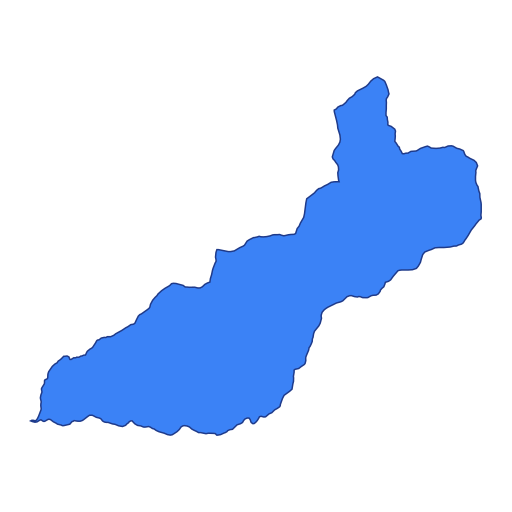 Nyisho, Wangdi Phodrang, Bhutan (Equal Earth projection)
{"feature_id": "84629894B40037951494601", "entity_name": "Nyisho", "entity_type": "district", "adm_level": 2, "iso_a3": "BTN", "parent_name": "Bhutan", "parent_adm1": "Wangdi Phodrang", "projection": "equal_earth", "projection_center": [90.07, 27.567], "detail": "fine", "context": "isolated", "style": "filled", "palette": "blue", "viewbox_px": 512, "rotation_deg": 0, "n_neighbors": 0, "source": "geoboundaries", "source_scale": "gbopen_adm2", "svg_char_len": 6015}
<svg xmlns="http://www.w3.org/2000/svg" viewBox="0 0 512 512"><path d="M293.6,377.9L293.4,376.5L294.1,372.2L294.1,370.1L295.1,369.3L298.7,368.5L300.9,366.8L304.4,364.4L305.1,363.4L305.8,360.6L305.7,358.6L305.8,357.1L306.6,355.0L308.6,350.2L309.1,347.6L310.0,346.5L311.3,343.8L312.2,341.5L312.4,338.8L313.0,337.4L313.6,333.7L314.5,331.2L318.8,325.9L320.2,323.2L321.5,318.2L321.2,316.7L321.2,315.2L322.1,312.3L324.2,309.8L326.0,308.4L327.9,307.2L334.6,303.9L336.4,303.0L340.8,301.8L342.8,300.8L347.0,296.7L349.6,295.7L351.4,295.6L354.5,296.6L357.5,297.0L358.8,296.5L360.4,296.7L362.5,297.6L366.2,297.7L367.8,297.6L371.0,295.8L372.8,295.3L376.1,295.1L378.3,293.9L380.1,291.4L380.5,290.0L382.1,288.2L383.8,286.8L384.8,284.3L385.4,282.3L388.5,281.3L390.6,279.9L393.2,276.3L398.0,270.7L399.8,270.2L401.7,270.0L408.0,270.0L412.5,269.7L416.4,268.4L418.3,266.1L420.4,262.4L421.2,259.4L422.7,254.6L424.8,252.0L428.9,250.3L431.4,249.5L435.0,247.8L439.0,247.5L444.1,247.5L450.2,247.0L453.9,246.1L456.5,246.0L458.4,245.0L461.3,244.2L462.8,243.3L463.8,242.0L464.9,240.1L466.0,238.7L468.1,235.5L471.2,230.1L474.8,225.6L475.9,224.0L479.1,220.1L481.0,218.9L481.3,217.9L480.9,215.2L481.2,211.9L481.2,204.4L481.0,202.5L479.9,197.4L479.8,193.6L478.9,191.1L478.2,187.9L478.0,186.6L476.9,185.0L475.8,182.3L475.5,180.2L475.5,176.5L475.9,172.4L475.7,170.8L476.3,169.0L477.6,165.9L476.3,162.5L474.0,160.3L469.8,158.3L467.8,157.0L466.2,156.3L464.8,154.4L463.7,151.3L463.2,150.6L459.7,149.0L456.8,148.3L453.1,146.2L451.5,145.8L448.1,146.0L444.7,147.5L442.9,147.3L439.9,148.1L436.1,148.4L431.3,148.1L428.9,146.7L427.4,146.1L425.3,146.7L420.5,148.4L417.2,150.5L416.1,151.0L410.9,151.4L408.0,153.1L405.7,153.2L403.8,153.8L402.3,153.6L401.1,151.2L399.7,149.1L399.3,147.2L398.1,146.2L396.2,143.1L394.8,141.4L395.1,138.8L395.3,136.0L395.1,134.0L395.5,131.1L395.1,130.1L394.8,129.2L391.2,126.4L388.7,125.5L387.8,124.8L387.9,122.2L387.4,119.8L387.2,117.1L386.0,115.6L386.0,112.5L386.3,108.9L386.3,105.1L386.4,102.4L386.2,100.4L386.4,98.7L387.7,96.8L389.0,93.9L388.6,92.6L388.0,89.7L386.3,84.9L384.8,81.4L383.5,80.2L377.5,76.9L373.6,78.7L370.8,81.1L368.3,84.3L366.2,86.3L362.9,88.2L357.4,90.9L355.4,92.7L354.7,94.3L352.1,96.7L349.4,98.2L347.2,100.6L346.0,102.3L344.3,103.8L342.3,105.4L341.0,105.5L339.5,106.2L337.7,107.2L336.4,108.9L334.2,110.1L334.3,111.7L336.6,120.6L337.5,124.9L337.8,128.1L339.9,135.0L340.4,139.2L339.9,142.1L338.4,145.1L335.6,148.5L334.2,150.5L332.3,156.9L333.1,159.0L334.6,160.5L335.7,162.2L337.7,164.8L338.4,166.8L338.6,169.9L337.8,172.7L338.0,175.8L338.6,180.3L339.1,181.7L334.1,181.8L331.1,182.3L327.7,184.4L324.5,185.9L321.4,187.8L320.3,188.3L318.8,188.6L317.0,190.0L315.4,191.7L314.7,192.7L306.7,198.8L305.9,202.9L304.5,213.8L303.7,217.4L300.4,223.1L299.1,226.2L297.2,228.5L295.6,233.5L294.2,234.3L290.6,234.5L288.3,234.8L285.4,235.5L283.8,235.8L281.4,235.2L279.6,234.5L277.3,234.7L274.4,234.7L272.7,234.9L270.1,235.9L266.7,236.6L263.6,236.9L261.0,236.8L259.1,236.3L257.5,236.9L254.3,237.6L253.5,237.6L249.3,239.7L247.1,241.1L245.9,243.0L244.5,245.2L243.2,246.1L239.7,247.7L234.3,250.9L230.6,251.6L228.3,251.6L218.3,249.6L216.9,249.6L216.0,252.4L215.5,257.1L216.0,259.5L216.1,261.3L215.1,263.1L213.1,268.3L212.5,270.3L211.6,274.7L210.4,278.6L209.9,282.1L207.4,283.0L204.8,284.4L204.0,285.2L202.3,286.8L200.2,287.9L197.9,288.0L194.7,287.2L189.2,287.3L187.5,287.1L185.2,287.0L183.1,285.4L176.0,283.5L173.4,283.3L171.5,283.7L170.0,285.3L168.7,286.2L165.0,288.3L161.6,290.7L158.0,294.0L157.0,295.6L155.1,297.4L152.7,300.2L150.5,304.3L149.9,307.0L149.1,308.3L147.3,309.7L141.4,313.9L139.8,314.6L138.3,316.1L136.5,319.7L134.9,323.2L133.5,324.2L130.9,324.6L127.7,326.8L125.9,327.7L121.7,330.5L115.8,333.7L113.8,335.3L110.7,336.7L107.3,336.7L105.9,337.5L104.2,337.4L101.2,338.1L99.1,339.8L97.4,340.1L96.6,340.9L95.5,343.0L92.6,347.4L91.6,348.2L89.8,349.2L89.0,349.9L87.5,351.1L86.8,352.1L85.5,355.0L83.6,355.2L81.9,356.0L80.8,356.1L79.2,357.1L77.9,357.3L76.9,357.1L75.8,357.7L74.9,357.9L73.9,357.7L71.0,359.5L69.9,359.4L68.9,356.9L67.1,356.0L64.7,356.3L63.7,356.3L61.4,358.7L59.6,360.2L58.3,361.0L57.0,362.9L55.3,363.8L54.6,364.3L52.3,366.4L48.7,371.7L48.1,373.4L47.9,374.4L47.7,378.0L46.8,379.1L45.1,379.7L44.5,380.7L44.5,382.8L44.3,383.9L42.1,387.4L41.5,388.6L41.5,389.5L41.9,391.5L41.9,392.3L40.9,395.0L40.4,397.7L40.5,398.8L41.1,401.2L41.2,402.1L40.9,403.8L40.8,405.6L41.2,408.9L40.9,410.2L38.6,416.2L37.4,418.7L36.3,420.2L35.5,420.7L34.8,420.7L33.3,420.3L31.8,420.3L30.7,420.9L32.5,421.6L34.9,422.2L37.0,421.9L39.4,420.4L40.8,419.8L41.5,420.1L42.7,421.0L43.7,421.4L44.7,421.3L48.2,419.3L49.5,419.3L50.5,419.6L53.4,421.8L56.3,423.3L57.4,424.1L61.4,425.1L62.0,425.5L62.8,425.7L63.8,425.6L69.8,424.2L72.0,421.6L73.1,421.3L74.1,420.6L77.1,421.1L78.7,421.2L80.2,421.2L82.1,420.6L83.3,419.9L87.7,416.5L89.4,415.3L91.7,415.2L92.7,415.4L96.3,417.3L99.2,418.0L100.6,418.6L101.4,419.4L102.5,420.9L103.6,421.6L104.7,422.1L106.6,422.4L108.1,422.4L112.4,423.9L115.0,424.3L118.6,425.8L122.5,426.5L125.6,425.3L127.1,423.7L128.6,422.7L129.0,421.9L130.7,420.9L132.0,420.8L134.7,423.7L137.5,425.4L140.8,425.9L142.9,426.8L144.0,427.1L145.8,427.0L148.5,426.5L150.3,427.1L152.4,428.5L154.2,429.0L156.1,430.4L158.9,431.7L164.2,433.2L167.5,434.6L170.3,435.1L172.1,434.8L174.4,433.4L177.1,431.6L179.3,429.5L181.1,426.9L182.8,425.9L184.3,425.6L187.1,426.0L189.5,427.0L191.7,429.0L194.1,430.3L196.5,431.4L198.6,432.6L200.7,432.6L206.0,433.7L208.4,433.2L213.8,433.4L215.3,433.6L216.7,435.1L217.7,435.1L220.6,434.6L224.1,433.0L225.3,432.6L227.0,431.6L227.6,430.7L229.8,429.7L232.5,429.3L237.1,424.8L240.5,423.7L242.5,422.5L243.7,420.4L245.1,418.9L246.8,418.2L247.7,418.0L249.1,418.1L250.3,419.8L250.6,421.0L251.2,422.5L252.9,423.7L254.2,423.5L255.7,422.3L257.3,420.5L258.6,418.4L259.5,416.7L261.1,416.3L263.9,417.0L265.6,416.8L269.0,413.9L271.8,412.7L274.6,409.9L277.3,408.4L279.6,406.8L280.2,405.8L280.4,404.3L282.5,398.4L284.1,395.3L289.6,391.3L292.0,389.2L292.9,383.7L293.5,381.4L293.6,377.9Z" fill="#3b82f6" stroke="#1e3a8a" stroke-width="1.5"/></svg>